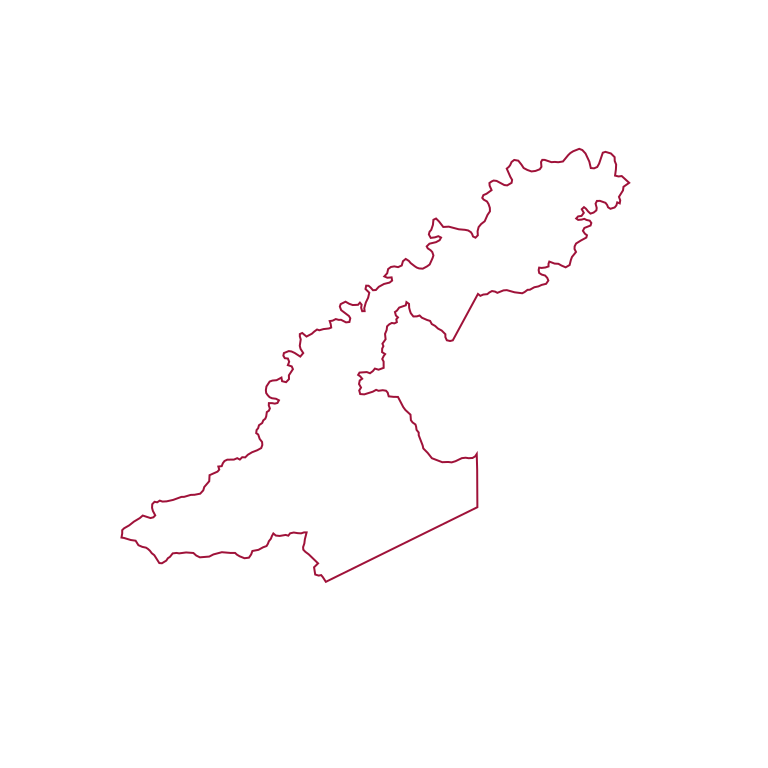 Santa Terezinha de Goiás, Goiás, Brazil, rotated 70°
{"feature_id": "56859067B60911131091675", "entity_name": "Santa Terezinha de Goiás", "entity_type": "district", "adm_level": 2, "iso_a3": "BRA", "parent_name": "Brazil", "parent_adm1": "Goiás", "projection": "albers", "projection_center": [-49.725, -14.312], "detail": "fine", "context": "isolated", "style": "outline", "palette": "rose", "viewbox_px": 768, "rotation_deg": 70, "n_neighbors": 0, "source": "geoboundaries", "source_scale": "gbopen_adm2", "svg_char_len": 6150}
<svg xmlns="http://www.w3.org/2000/svg" viewBox="0 0 768 768"><g transform="rotate(70 384 384)"><path d="M337.2,195.5L335.1,198.4L332.7,200.2L329.8,199.7L327.7,198.4L328.8,196.3L329.7,192.6L329.8,189.2L327.3,188.3L325.5,186.8L329.2,182.5L330.7,179.0L333.4,176.7L336.5,173.4L335.7,168.9L331.4,166.0L328.9,163.9L325.6,158.4L322.3,158.8L319.9,157.8L317.7,155.5L316.5,149.9L315.6,143.8L313.6,142.4L311.5,143.8L308.1,144.7L305.9,142.3L305.7,135.7L303.6,134.1L300.9,134.8L299.1,137.6L297.3,139.3L297.1,142.1L296.2,145.4L294.2,146.8L292.9,144.3L293.6,140.9L291.5,137.7L287.4,138.4L286.2,135.6L288.3,134.3L291.6,133.2L294.5,131.7L294.6,128.4L293.5,125.1L291.3,123.9L286.9,123.5L284.8,121.3L285.8,118.4L289.5,113.9L292.0,113.1L294.6,113.0L296.8,111.3L297.0,106.9L295.7,104.6L293.1,102.7L294.9,100.7L292.2,99.2L288.5,99.2L283.8,93.2L280.6,91.5L278.8,84.8L269.9,89.5L269.2,92.6L267.2,95.6L261.7,92.7L257.2,90.8L253.3,90.9L249.7,89.7L245.0,91.9L241.6,96.5L241.5,99.3L250.5,106.5L253.0,109.4L253.2,112.8L251.8,115.8L245.2,115.0L236.3,115.8L232.0,117.6L229.8,120.1L230.0,126.6L230.7,129.9L231.9,132.6L236.1,139.7L235.2,144.4L233.7,147.6L232.8,150.8L228.4,156.3L227.5,158.6L229.1,160.5L233.8,161.8L235.5,164.2L235.6,168.8L234.7,172.7L231.9,176.1L228.8,178.9L224.9,179.8L220.1,181.4L218.0,185.0L219.0,188.2L221.5,190.6L222.7,192.5L223.6,195.0L232.7,194.4L236.0,193.8L238.6,195.3L239.5,200.3L238.2,202.9L231.7,208.7L230.3,211.4L230.5,213.7L231.2,216.2L233.8,216.9L238.6,216.6L240.3,222.6L240.5,226.0L242.7,228.0L244.8,227.3L247.7,224.8L250.7,224.2L254.7,224.3L258.0,225.4L260.5,228.9L265.5,233.7L266.9,238.0L268.9,241.4L272.4,243.8L276.4,245.0L277.8,248.0L275.8,249.9L273.3,249.9L271.1,250.4L268.5,252.4L266.8,255.2L264.2,260.8L258.3,269.3L256.7,274.6L250.1,276.7L246.3,278.5L246.6,281.4L251.2,283.6L255.3,286.9L256.5,289.1L258.8,290.7L262.7,290.1L263.6,286.0L263.7,282.4L265.9,280.3L267.9,282.6L268.5,286.6L267.7,293.3L269.3,296.8L271.5,296.5L274.2,294.5L276.5,293.5L280.1,293.6L282.4,295.4L287.3,300.2L288.2,303.3L288.9,308.1L287.4,311.5L285.8,313.4L283.9,314.8L279.5,317.6L276.9,318.5L273.9,320.8L275.1,324.2L278.7,326.8L279.0,330.8L277.0,334.1L276.4,337.5L277.4,340.8L281.0,343.1L283.0,346.9L285.3,344.5L286.4,340.4L289.6,341.0L290.6,344.1L290.0,349.8L290.9,355.7L292.9,359.5L292.1,362.3L288.7,363.6L286.4,364.9L285.5,367.1L288.4,368.9L293.2,366.6L297.5,369.4L301.2,373.2L306.0,376.6L308.9,377.3L308.1,379.6L304.5,379.4L301.8,377.9L299.3,378.8L300.7,381.3L299.1,386.4L296.8,389.2L293.5,392.0L294.1,397.4L296.1,399.0L299.9,399.0L308.1,393.7L310.7,393.2L313.9,395.3L313.1,398.6L309.0,402.4L308.2,404.7L306.5,407.1L306.9,410.7L306.3,413.5L309.4,413.6L312.9,414.3L313.0,416.7L311.7,422.1L311.4,426.4L309.9,428.3L310.9,431.7L312.1,434.6L312.9,440.6L308.1,443.4L308.3,446.0L310.4,446.8L313.6,447.0L319.3,450.1L322.5,450.4L327.3,449.3L329.6,453.3L324.3,457.3L321.8,459.8L320.5,462.2L320.7,467.5L323.0,468.9L325.8,468.4L327.2,465.6L330.7,465.5L333.4,467.9L335.9,464.7L338.9,464.5L343.3,470.4L346.9,471.6L348.8,475.4L346.5,478.8L342.9,478.2L343.7,483.6L342.6,487.7L342.6,490.6L346.1,495.3L349.3,497.1L352.2,497.8L354.8,497.1L357.3,496.0L359.1,494.1L360.9,490.6L363.4,488.3L365.4,490.6L365.1,493.3L363.6,495.9L362.6,498.7L364.7,499.6L367.9,499.6L369.7,501.3L370.3,503.7L374.2,505.8L376.0,507.4L376.9,509.9L379.0,511.8L380.0,515.6L382.5,517.4L383.7,519.5L386.5,520.9L388.4,519.5L393.1,519.6L396.8,518.4L399.7,519.2L402.2,521.3L402.9,525.8L403.0,531.3L403.9,536.1L405.5,539.5L404.3,542.3L405.7,545.3L403.5,547.3L403.7,550.8L401.5,557.2L401.8,560.2L403.3,562.5L405.7,564.6L404.9,567.9L408.1,568.1L409.4,570.4L410.0,579.1L415.6,581.5L419.3,588.1L422.1,590.2L424.2,594.2L423.3,599.9L422.1,603.6L421.7,610.3L420.8,613.0L420.8,621.8L419.9,628.5L418.7,632.4L416.9,634.6L417.6,637.6L416.2,639.9L417.7,642.9L421.0,644.3L424.2,644.6L429.2,643.9L430.4,646.3L430.1,649.3L425.1,655.7L426.5,659.4L427.8,666.1L429.7,671.8L430.7,677.6L431.8,680.0L434.9,681.1L438.5,683.2L439.8,680.9L444.0,675.3L446.3,671.0L451.5,669.9L454.4,666.8L456.4,663.6L458.3,662.2L460.6,661.0L463.6,660.1L466.3,658.4L475.4,656.4L476.5,654.0L475.5,649.0L473.8,646.7L473.2,644.2L470.9,640.5L471.8,636.7L473.1,634.4L474.6,627.6L477.6,620.9L481.0,619.1L483.9,616.3L486.4,607.2L485.8,602.6L486.6,593.9L490.4,585.7L491.8,581.7L494.0,580.6L496.5,578.6L500.0,574.7L501.0,570.3L498.7,567.1L495.9,564.8L496.9,558.7L496.1,553.5L496.1,549.8L494.4,547.7L492.4,546.0L490.7,543.2L488.6,541.4L486.6,539.1L489.4,537.5L491.1,534.0L492.2,528.0L493.8,525.8L492.2,523.3L492.7,519.6L494.8,515.8L496.0,512.9L496.1,509.9L497.0,507.5L502.9,511.5L506.6,513.4L509.6,515.8L512.1,516.5L514.8,515.3L518.3,513.0L530.0,507.3L532.3,512.4L539.5,513.8L541.7,510.9L542.1,508.4L544.7,507.5L550.0,506.3L531.7,338.4L496.5,325.8L481.5,320.8L483.2,323.1L483.8,326.1L482.7,329.8L481.2,332.5L480.3,336.2L481.0,343.2L480.8,347.2L479.2,350.4L477.4,356.0L470.1,364.4L463.7,366.5L458.0,369.1L455.0,368.7L444.0,368.9L441.5,368.0L438.2,369.1L435.0,368.4L432.8,368.3L429.9,370.3L427.2,371.1L421.9,369.6L415.7,372.8L412.3,373.8L400.9,375.3L399.5,379.1L397.2,383.8L393.3,383.5L391.0,384.4L389.4,387.3L388.5,391.5L386.8,393.4L387.4,397.2L387.0,406.1L385.3,409.8L381.6,409.5L379.5,406.8L375.5,407.5L372.4,405.6L371.6,402.7L368.7,403.7L366.6,405.2L364.9,403.1L366.9,396.1L369.1,393.5L368.1,390.1L366.4,387.3L368.7,384.2L368.7,378.8L362.8,376.7L359.9,377.1L357.5,374.6L356.3,372.7L353.4,374.9L350.1,373.6L348.2,371.6L345.6,371.7L342.5,367.2L337.3,365.9L334.1,363.0L330.9,361.4L329.7,358.6L329.3,355.8L330.6,353.5L330.3,350.8L327.4,350.3L326.2,348.1L323.7,349.4L320.1,349.1L319.5,346.8L317.4,343.6L317.5,336.6L314.7,334.9L317.3,333.1L321.0,334.3L324.3,334.6L326.7,334.6L330.6,333.3L331.7,329.9L331.8,327.1L334.7,325.7L338.6,321.6L340.5,319.1L344.0,318.6L346.9,316.1L350.4,314.3L353.5,311.5L358.2,309.3L361.0,310.3L364.4,310.0L366.2,307.2L366.5,304.4L331.5,264.9L334.1,263.3L333.9,260.1L334.9,256.2L334.0,253.7L333.6,250.7L335.2,248.0L337.1,246.3L336.9,239.7L337.8,236.5L342.5,229.9L346.0,223.1L345.7,220.5L344.6,216.9L345.3,214.7L344.5,209.7L345.1,205.5L344.8,202.0L345.3,197.4L343.0,194.2L340.1,194.3L337.2,195.5Z" fill="none" stroke="#9f1239" stroke-width="2"/></g></svg>